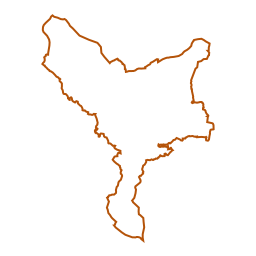 Pringsewu, Lampung, Indonesia (Mercator projection)
{"feature_id": "22746128B80903663444835", "entity_name": "Pringsewu", "entity_type": "district", "adm_level": 2, "iso_a3": "IDN", "parent_name": "Indonesia", "parent_adm1": "Lampung", "projection": "mercator", "projection_center": [104.953, -5.369], "detail": "fine", "context": "isolated", "style": "outline", "palette": "amber", "viewbox_px": 256, "rotation_deg": 0, "n_neighbors": 0, "source": "geoboundaries", "source_scale": "gbopen_adm2", "svg_char_len": 5802}
<svg xmlns="http://www.w3.org/2000/svg" viewBox="0 0 256 256"><path d="M60.8,19.1L57.7,17.7L54.2,16.8L52.5,15.4L51.1,16.6L50.1,18.8L45.9,22.7L43.8,25.0L43.0,27.0L42.8,30.0L43.5,32.0L47.1,35.8L49.1,39.5L49.6,42.4L49.4,45.7L48.2,52.9L48.1,54.7L46.5,54.5L45.9,54.9L45.6,56.3L44.9,56.6L44.2,57.3L44.7,58.8L44.7,60.5L44.2,61.8L43.1,62.9L42.4,64.0L43.9,65.3L44.8,65.6L44.9,66.3L46.6,67.8L47.7,69.1L49.1,70.1L49.2,70.4L49.4,70.4L49.8,71.1L50.8,71.3L52.8,72.6L55.0,74.9L56.6,76.8L57.0,76.8L58.2,77.4L58.8,78.3L59.7,78.6L60.2,79.1L59.6,79.8L59.6,80.5L59.7,81.2L61.1,82.4L61.9,83.5L61.9,86.9L61.7,87.6L61.7,88.5L62.7,90.2L63.1,92.7L63.6,93.8L64.4,94.0L65.5,94.0L66.1,94.3L67.6,96.1L68.0,97.4L68.0,98.4L68.5,98.6L69.4,99.9L69.8,99.8L69.4,98.3L70.8,97.4L71.3,97.4L71.8,98.2L72.1,100.1L72.8,101.2L74.8,102.4L75.4,102.4L75.7,101.6L76.5,101.2L77.8,101.7L78.0,103.5L79.1,104.5L80.0,105.5L81.1,106.0L81.8,107.1L82.5,108.6L82.5,110.2L83.2,110.5L84.4,110.4L84.4,110.6L85.2,110.8L86.3,111.7L88.2,112.2L88.2,112.9L87.9,113.9L88.7,114.4L90.6,114.5L92.0,114.9L92.8,114.8L93.7,113.9L95.4,114.0L95.0,114.7L96.6,118.5L97.7,122.9L97.4,123.7L97.4,124.6L96.2,126.1L95.9,127.2L96.1,128.1L96.8,128.2L97.0,128.4L97.5,128.7L97.5,128.9L97.0,129.7L95.9,129.7L95.9,130.2L95.1,130.2L94.9,130.7L95.0,131.8L95.5,132.7L95.9,132.3L97.2,133.5L98.9,134.6L98.6,135.9L98.7,136.6L99.4,136.7L99.8,136.3L100.1,134.3L100.9,133.5L103.6,133.9L104.1,136.4L105.0,137.2L106.6,137.5L108.2,140.9L108.3,143.0L108.6,143.4L109.6,143.4L110.5,143.6L112.9,145.8L114.6,145.6L115.2,145.8L114.3,147.3L114.8,148.3L116.9,149.6L120.4,150.8L120.4,151.9L120.6,153.4L120.0,153.2L119.5,152.8L118.6,152.7L118.2,152.9L117.3,154.8L117.4,156.2L115.2,156.4L114.5,156.7L112.7,159.7L114.2,161.5L116.6,163.6L118.4,164.7L118.9,165.4L119.9,165.9L120.0,167.4L120.4,167.8L120.5,169.1L121.5,170.1L121.1,170.5L121.1,171.4L120.7,172.2L120.7,172.8L120.8,173.8L121.5,174.3L122.0,175.3L122.1,176.0L120.9,179.7L119.1,181.4L118.5,182.3L118.0,185.1L117.7,185.9L116.7,187.0L115.9,190.1L116.1,191.2L116.0,192.9L114.1,194.6L112.0,194.6L110.8,195.2L109.2,195.3L108.5,196.5L108.0,196.7L108.0,197.3L107.1,197.7L108.9,201.6L106.9,207.7L107.7,209.7L108.4,213.1L110.0,215.0L111.4,217.3L112.4,218.4L116.2,221.9L115.6,222.7L115.1,223.8L115.1,224.2L114.7,224.7L114.5,225.6L114.2,225.6L115.7,227.5L121.7,232.3L125.4,234.8L132.3,237.3L135.6,237.4L136.6,237.0L137.7,237.0L139.2,237.3L140.1,237.7L141.0,238.4L141.2,239.0L143.2,240.6L142.7,237.7L142.7,234.2L144.2,227.3L143.6,221.9L143.3,218.0L140.3,215.2L138.9,214.3L138.6,211.5L138.8,207.6L133.0,202.2L132.8,201.5L132.1,200.6L134.3,197.9L135.5,193.4L136.0,189.6L135.2,187.6L135.4,186.4L139.6,183.0L140.2,182.4L140.5,181.8L140.6,180.9L140.5,180.1L139.0,177.0L139.9,175.9L141.0,175.8L141.5,175.0L143.1,173.6L142.8,172.7L143.4,171.9L142.2,169.6L142.3,168.4L142.6,167.9L143.2,165.6L144.7,164.6L146.2,162.0L146.2,160.6L146.1,160.3L147.3,159.9L150.0,160.2L151.5,159.4L152.4,159.7L152.9,160.0L153.5,159.9L154.1,159.2L154.8,159.2L155.3,159.0L155.8,158.5L157.2,158.7L157.6,158.4L158.0,157.7L158.5,157.7L159.1,156.8L159.8,156.5L160.0,155.6L160.3,155.3L161.7,156.1L162.3,156.2L164.6,156.1L164.9,155.2L164.6,154.7L164.5,154.0L165.0,153.7L165.6,153.6L167.1,155.1L167.9,155.2L170.3,152.2L171.4,151.4L171.9,150.5L172.7,150.2L171.4,148.8L171.0,147.9L170.6,147.9L170.0,149.0L168.2,149.3L168.3,149.0L169.0,148.9L168.8,148.5L168.5,148.4L168.3,148.0L167.7,147.7L168.0,146.9L168.0,146.4L166.3,146.8L163.9,146.4L163.6,146.7L161.4,146.6L160.1,147.0L159.0,146.6L158.4,146.0L158.3,145.3L158.6,144.4L159.5,145.0L160.8,144.6L162.9,144.7L163.3,144.4L164.9,144.7L167.6,144.4L168.1,143.7L168.5,143.5L168.6,143.2L168.8,143.0L169.4,142.9L170.1,143.4L170.6,143.2L170.8,142.8L172.4,141.4L173.5,140.0L174.9,139.8L176.6,138.0L180.0,139.5L181.0,140.4L182.3,140.6L182.8,140.0L182.7,138.5L185.3,138.5L185.6,138.1L185.6,137.6L186.2,137.4L188.1,136.3L189.3,136.0L189.8,136.3L192.7,136.0L194.1,136.6L195.4,136.6L195.5,136.8L197.1,136.5L197.1,137.2L201.5,136.9L205.4,137.3L206.1,136.9L206.5,137.3L206.0,139.0L206.2,140.3L207.9,140.7L208.4,140.4L209.0,139.3L209.4,136.4L210.0,133.7L209.9,132.2L210.5,130.0L211.1,129.6L213.4,129.4L213.6,129.3L213.5,125.1L212.9,123.6L212.2,123.2L207.2,122.1L207.8,117.1L208.1,116.3L207.5,116.2L208.2,115.7L208.1,115.3L206.5,113.6L205.6,111.7L205.6,111.0L204.9,110.0L203.0,109.4L203.0,108.3L203.5,107.7L203.2,107.5L203.5,106.8L203.2,105.5L203.4,104.5L203.0,103.3L202.5,103.2L202.3,103.0L202.2,102.4L201.5,102.0L200.0,102.0L199.1,102.3L197.0,102.7L194.7,102.3L192.4,103.1L191.8,102.6L192.3,101.5L193.7,101.0L193.7,100.6L193.0,97.5L193.2,96.9L192.9,95.3L191.9,90.8L192.0,89.8L191.5,89.3L191.4,88.8L191.6,88.6L191.3,88.2L191.3,87.2L191.1,86.7L191.5,85.7L191.5,84.5L190.9,83.1L191.1,82.0L191.4,81.4L191.1,80.3L195.5,68.7L197.2,67.3L198.0,61.9L201.2,61.1L203.6,59.1L206.9,58.9L208.2,55.9L208.7,55.1L209.0,55.1L209.2,52.5L207.8,50.9L208.3,50.9L208.7,50.4L208.8,47.3L209.3,45.7L209.6,43.5L205.9,41.5L203.8,40.0L201.5,38.8L197.8,39.2L194.0,40.0L193.6,40.9L193.4,40.9L191.8,43.5L191.2,46.0L189.2,48.2L187.2,49.8L184.5,51.3L183.2,52.6L182.2,54.0L178.7,56.0L173.8,56.9L170.4,57.2L168.3,57.7L167.0,57.7L165.4,58.2L162.6,59.3L158.0,62.2L157.8,60.4L158.1,59.4L157.5,59.2L156.8,59.2L153.0,61.7L150.7,62.8L150.2,64.0L149.7,64.5L148.3,65.1L146.2,66.6L145.1,67.1L145.3,68.3L141.4,68.6L138.9,68.5L137.2,69.0L135.3,70.4L133.5,71.0L128.7,71.1L127.0,71.7L125.9,71.9L125.6,69.3L124.9,69.1L124.9,67.3L124.5,65.2L123.5,64.5L123.3,64.1L122.7,64.0L122.8,63.6L122.0,62.9L121.3,61.8L120.5,61.4L119.8,60.6L118.8,60.5L118.2,60.1L118.2,59.4L117.4,58.7L114.9,59.9L114.5,60.3L113.2,60.7L110.5,62.1L109.8,63.1L104.4,56.9L101.4,52.9L100.9,47.0L97.6,43.0L97.1,42.7L89.0,39.8L79.5,35.6L72.8,28.4L69.9,25.8L69.0,23.9L66.1,20.1L64.5,19.0L63.1,19.4L60.8,19.1Z" fill="none" stroke="#b45309" stroke-width="2"/></svg>